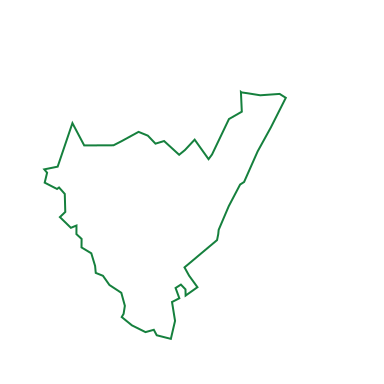 the district of Sumter, South Carolina, United States of America, rotated 331°
{"feature_id": "52423323B67044193776379", "entity_name": "Sumter", "entity_type": "district", "adm_level": 2, "iso_a3": "USA", "parent_name": "United States of America", "parent_adm1": "South Carolina", "projection": "equal_earth", "projection_center": [-80.399, 33.906], "detail": "fine", "context": "isolated", "style": "outline", "palette": "green", "viewbox_px": 384, "rotation_deg": 331, "n_neighbors": 0, "source": "geoboundaries", "source_scale": "gbopen_adm2", "svg_char_len": 952}
<svg xmlns="http://www.w3.org/2000/svg" viewBox="0 0 384 384"><g transform="rotate(331 192 192)"><path d="M74.6,104.9L67.7,112.4L75.4,123.9L77.9,123.6L79.8,132.0L71.5,148.0L64.3,149.9L68.7,164.6L74.7,165.3L70.5,172.8L72.7,179.5L68.5,186.9L74.2,196.8L71.4,209.7L68.6,216.1L73.5,222.1L74.7,233.3L81.3,245.9L78.1,259.0L73.1,265.4L69.9,267.3L74.8,279.5L83.4,292.0L91.8,294.0L91.7,300.2L102.3,310.2L114.7,296.5L121.2,278.5L129.4,278.8L131.1,268.0L137.4,267.6L139.1,274.0L136.2,279.5L150.6,277.9L148.9,263.8L148.9,254.3L190.6,246.2L194.5,241.6L197.0,238.0L217.3,222.2L237.7,208.8L242.4,208.5L269.1,188.3L292.2,173.8L319.7,155.1L316.2,148.7L298.6,140.5L288.5,132.6L283.6,128.9L283.3,128.2L274.5,145.9L259.7,146.1L227.7,168.9L222.4,171.3L219.7,147.5L206.1,151.9L198.8,153.2L192.3,133.9L183.5,132.0L180.7,121.3L174.4,113.5L155.1,113.4L146.0,113.1L120.3,99.0L120.8,73.8L86.8,104.7L73.8,100.6L74.6,104.9Z" fill="none" stroke="#15803d" stroke-width="2"/></g></svg>